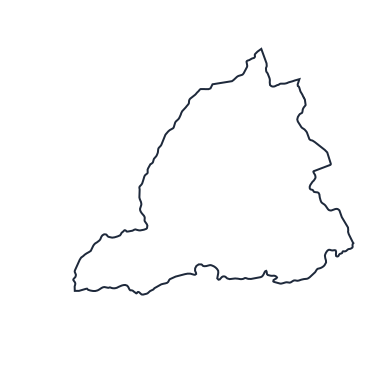 the Province of San Juan, rotated 253°
{"feature_id": "ARG-1273", "entity_name": "San Juan", "entity_type": "Province", "adm_level": 1, "iso_a3": "ARG", "parent_name": "Argentina", "parent_adm1": "", "projection": "robinson", "projection_center": [-68.983, -30.369], "detail": "fine", "context": "isolated", "style": "outline", "palette": "slate", "viewbox_px": 384, "rotation_deg": 253, "n_neighbors": 0, "source": "natural_earth", "source_scale": "10m", "svg_char_len": 5984}
<svg xmlns="http://www.w3.org/2000/svg" viewBox="0 0 384 384"><g transform="rotate(253 192 192)"><path d="M113.4,172.2L112.4,172.0L112.0,170.8L112.3,169.8L114.4,166.5L115.2,163.9L115.5,161.2L115.9,151.6L115.1,145.4L114.5,144.4L113.0,143.0L112.4,141.6L112.4,140.0L112.6,137.8L112.7,135.7L111.2,128.9L111.0,128.0L110.6,127.3L110.1,126.6L109.5,122.9L108.1,119.9L108.0,118.7L108.2,115.2L108.8,113.8L111.3,112.3L111.9,111.8L112.2,111.2L112.1,110.6L111.4,109.7L111.3,109.3L111.6,108.8L112.2,108.5L113.1,107.7L114.8,106.6L115.4,105.9L115.8,105.1L115.9,104.6L116.1,104.2L117.1,103.7L120.1,103.2L121.5,102.5L122.6,101.0L123.0,99.4L123.1,97.5L122.7,93.9L122.4,92.5L122.4,91.0L122.6,89.6L123.1,88.2L123.7,87.1L124.4,86.2L124.8,85.6L124.8,84.4L124.9,83.8L126.7,80.5L126.9,79.2L126.7,77.6L125.8,74.5L125.5,72.9L125.6,70.5L126.4,68.1L127.5,66.0L128.8,64.1L129.3,63.8L129.8,63.6L130.2,63.4L130.4,62.6L130.5,55.0L131.7,51.0L135.8,52.1L136.2,52.3L137.4,53.1L138.4,53.6L139.3,53.7L140.0,53.6L141.7,53.0L142.3,52.8L142.7,52.8L143.1,53.0L143.5,53.4L144.8,55.6L145.2,55.9L145.9,56.4L147.0,56.8L150.0,56.5L151.1,57.0L160.0,64.8L161.7,66.8L162.6,69.4L163.4,71.0L164.1,73.2L164.7,76.0L165.3,78.0L169.4,81.8L170.3,82.9L171.1,84.3L171.7,86.6L172.7,89.2L173.2,90.0L173.8,90.7L175.3,91.9L176.0,92.6L176.7,93.6L177.1,94.9L177.2,95.5L177.0,96.3L176.5,97.4L175.8,97.9L174.4,98.4L173.7,98.9L173.2,99.6L171.7,102.3L171.3,104.7L171.3,107.9L171.6,110.6L172.5,111.7L173.6,112.8L174.1,114.1L174.6,115.2L175.0,115.8L175.1,116.2L175.1,116.6L174.7,117.2L174.0,117.7L173.4,117.9L173.1,118.5L172.9,119.4L172.4,123.8L172.8,125.7L172.8,126.4L172.7,127.1L172.4,127.5L171.6,128.7L170.8,130.1L170.4,131.3L170.0,134.9L170.1,137.0L170.2,137.7L170.5,138.2L170.8,138.5L172.9,139.5L174.4,139.4L177.8,138.3L178.3,138.3L179.0,138.4L180.7,139.1L181.4,139.3L182.3,139.3L183.3,139.1L186.5,137.7L188.3,137.2L189.8,137.1L191.1,137.4L194.6,139.8L195.6,140.1L197.2,140.3L200.3,140.0L202.2,140.1L209.8,142.7L211.5,142.9L212.0,143.2L212.5,143.5L213.9,145.9L214.8,146.9L217.2,148.6L220.8,151.0L221.5,151.7L222.0,152.5L222.9,154.8L223.6,155.3L226.4,156.1L227.7,157.2L230.7,160.3L230.9,161.4L231.4,162.7L231.7,163.1L232.1,163.5L234.3,164.9L234.7,165.2L235.1,165.7L236.7,168.3L237.6,169.2L239.2,170.5L240.0,171.0L243.0,172.3L243.9,173.1L245.4,175.7L246.1,176.5L254.5,183.3L255.0,184.0L256.9,187.0L257.7,188.8L258.3,191.7L258.6,192.8L259.4,193.6L263.3,196.2L264.1,197.1L265.6,200.2L266.0,200.8L266.8,201.7L269.3,203.9L270.5,204.7L272.1,206.2L274.9,211.0L275.3,211.5L276.9,214.0L277.3,214.5L277.7,214.9L280.3,216.0L281.2,216.7L281.8,217.6L284.1,223.5L284.8,224.7L285.6,225.9L286.5,227.7L287.7,229.5L287.9,230.5L285.5,237.9L285.7,240.0L289.0,243.1L286.3,262.6L286.9,264.4L289.0,268.7L289.4,270.2L289.4,274.0L289.5,274.7L290.3,276.0L295.2,280.9L295.8,281.4L296.9,281.8L300.5,282.2L300.9,282.4L301.2,282.8L301.4,283.7L301.4,285.3L302.1,288.3L302.1,290.4L302.2,290.8L302.5,291.3L303.1,291.8L303.6,292.0L304.4,292.0L304.9,292.2L305.5,292.7L307.1,295.7L308.6,300.1L293.2,300.9L290.6,300.3L290.0,299.9L289.2,299.2L288.7,298.9L286.6,298.4L285.9,298.3L285.3,298.3L283.3,299.0L278.2,299.4L276.9,299.3L276.0,299.1L274.1,298.4L271.5,297.9L270.2,298.7L269.6,299.4L269.2,300.1L268.9,301.2L268.9,302.3L269.3,304.8L269.2,306.2L269.6,307.2L269.7,307.9L269.6,308.8L268.6,312.0L268.4,313.5L268.4,315.1L268.6,316.2L268.5,320.6L268.6,322.8L268.5,327.7L264.0,324.5L262.4,324.2L261.8,324.8L261.2,325.0L260.3,325.1L256.4,325.1L252.8,326.0L251.1,326.2L250.6,326.2L249.6,326.7L249.0,326.5L248.6,326.6L247.6,327.0L242.0,326.1L241.6,325.7L240.2,323.6L239.4,322.8L238.6,322.1L236.3,321.0L235.5,320.3L235.0,317.9L234.3,316.9L232.8,315.2L230.7,313.9L228.5,313.8L221.9,315.6L221.2,316.0L218.9,317.9L216.7,318.9L215.4,319.3L208.2,319.7L207.4,320.2L206.8,320.8L206.0,322.2L204.0,323.9L193.4,331.3L190.3,332.9L178.5,333.0L177.9,332.8L177.5,332.3L176.3,314.4L176.1,314.1L175.8,314.0L175.0,314.0L172.1,314.7L170.1,314.5L169.2,314.0L168.1,312.8L167.2,311.6L166.6,310.3L164.2,307.3L162.8,306.2L162.0,305.9L161.0,305.7L160.5,305.8L159.8,306.2L158.8,307.8L158.4,308.1L158.0,308.3L157.3,308.4L156.5,308.7L156.3,308.9L155.9,309.7L154.9,312.0L154.4,312.5L154.0,312.8L152.4,313.1L149.5,312.6L146.2,312.5L144.6,312.7L144.2,312.8L143.1,313.5L141.5,314.8L140.9,315.2L139.6,315.8L135.8,317.0L134.9,317.5L134.6,317.8L134.0,318.7L133.7,319.4L133.6,319.9L133.8,323.9L133.7,324.8L133.5,325.6L133.1,326.3L132.8,326.6L131.7,327.4L131.2,327.6L124.2,327.9L112.4,330.8L109.7,330.2L108.3,329.6L105.8,329.6L96.6,331.1L95.9,331.4L95.1,330.3L93.7,329.8L92.6,329.6L91.9,329.0L91.4,327.2L91.4,326.6L91.6,325.3L91.6,324.7L91.3,323.8L90.6,322.3L90.5,321.4L90.5,320.8L91.0,319.6L91.1,318.9L90.8,318.5L89.8,317.7L89.6,317.0L89.6,315.6L89.5,315.1L89.1,314.4L88.1,313.4L87.8,312.7L87.9,311.9L88.7,311.1L90.0,311.3L92.6,312.3L94.1,312.3L94.6,311.6L95.1,309.0L95.7,307.9L96.3,307.1L96.7,306.1L96.5,304.8L95.8,303.6L94.6,302.2L93.3,301.1L92.3,300.5L89.7,300.1L87.4,300.1L85.4,299.6L83.2,297.3L82.5,296.0L82.0,294.4L81.7,292.7L81.8,289.6L81.2,288.5L79.3,286.3L76.1,279.7L75.5,277.9L75.4,276.6L76.0,273.5L76.2,270.8L76.1,268.2L76.3,266.8L77.4,264.6L77.6,263.3L77.2,261.7L76.8,260.4L76.7,259.0L78.0,256.2L78.2,254.9L78.2,252.2L78.3,250.7L78.6,249.6L82.0,244.2L82.7,243.6L83.9,244.2L84.4,245.8L84.7,247.4L85.4,248.3L86.3,248.0L87.3,247.1L88.0,246.0L88.5,243.8L89.1,242.5L90.5,240.2L91.6,239.7L94.2,240.1L94.9,239.9L94.8,238.9L94.1,238.0L92.3,236.4L91.3,235.2L90.7,234.1L90.5,232.8L91.6,223.0L92.5,220.4L92.8,219.9L93.9,218.4L94.2,217.6L94.2,216.9L94.0,216.1L94.0,215.2L94.2,213.8L94.6,212.7L95.7,210.5L96.7,208.0L97.7,202.5L99.0,200.5L100.0,199.8L101.0,199.3L101.7,198.5L102.2,197.1L101.9,195.6L100.3,193.0L100.4,191.7L102.0,190.9L107.0,193.5L109.1,194.0L111.2,193.4L113.0,192.4L114.6,191.1L116.2,189.2L116.8,188.0L116.9,186.7L117.0,184.0L117.3,182.6L117.5,182.0L117.8,181.4L118.3,180.8L119.5,180.3L120.0,179.8L120.8,177.2L120.0,174.6L118.1,172.7L115.8,171.9L113.4,172.2Z" fill="none" stroke="#1e293b" stroke-width="2"/></g></svg>